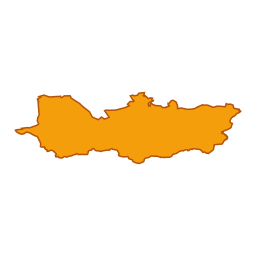 outline of Ezeres pag., Saldus, Latvia
{"feature_id": "27541924B94087058681493", "entity_name": "Ezeres pag.", "entity_type": "district", "adm_level": 2, "iso_a3": "LVA", "parent_name": "Latvia", "parent_adm1": "Saldus", "projection": "equal_earth", "projection_center": [22.341, 56.433], "detail": "fine", "context": "isolated", "style": "filled", "palette": "amber", "viewbox_px": 256, "rotation_deg": 0, "n_neighbors": 0, "source": "geoboundaries", "source_scale": "gbopen_adm2", "svg_char_len": 5715}
<svg xmlns="http://www.w3.org/2000/svg" viewBox="0 0 256 256"><path d="M15.4,130.3L16.1,131.4L17.4,132.5L19.2,133.4L20.7,134.0L21.7,134.2L22.6,134.1L24.3,133.5L25.9,132.4L26.5,132.3L27.8,132.3L29.1,132.7L30.3,133.2L33.2,134.9L35.0,135.8L36.7,136.3L37.5,137.0L37.8,137.4L38.3,138.3L39.0,140.1L39.4,140.8L39.7,141.1L40.1,141.9L40.2,142.6L40.8,143.9L40.6,145.2L40.4,146.1L40.5,146.6L40.8,146.8L41.5,147.0L42.8,147.1L44.3,147.0L44.9,147.3L45.0,147.5L44.6,148.1L44.6,148.3L45.7,149.4L47.1,149.9L47.2,150.4L47.0,150.7L47.0,151.0L47.3,151.4L47.7,151.4L48.5,151.1L49.1,151.1L49.9,150.5L51.2,150.3L52.0,150.4L52.5,150.5L53.0,150.8L53.5,151.2L53.9,151.6L54.7,152.2L55.4,153.2L56.1,153.7L56.3,154.4L56.2,154.6L55.9,154.9L55.5,155.2L55.3,155.4L55.7,156.6L56.1,156.9L56.7,156.9L57.5,156.5L58.1,156.5L58.5,156.8L58.6,157.3L59.0,157.6L61.3,158.0L61.8,158.0L62.8,157.6L64.0,156.7L64.4,156.5L64.8,156.5L65.7,156.9L67.2,157.1L68.4,156.3L71.7,155.8L74.1,154.6L75.8,154.5L76.0,154.4L76.3,153.8L76.8,153.6L77.4,153.7L78.4,154.7L78.7,154.7L79.5,154.5L81.3,154.5L82.1,154.4L83.1,154.3L83.7,154.5L84.2,154.6L85.7,154.4L87.2,154.5L87.8,153.8L88.0,153.4L88.1,152.6L88.2,151.6L88.4,151.3L88.9,150.8L90.0,150.3L90.7,150.3L91.4,150.1L91.8,149.7L92.0,149.3L92.3,148.8L92.7,148.5L93.2,148.5L93.8,148.7L94.2,149.4L95.6,150.5L96.5,150.8L99.0,150.9L100.4,151.4L100.7,151.4L101.3,151.4L102.8,150.8L104.5,150.6L107.0,150.1L107.9,150.0L108.6,150.2L109.1,150.3L109.4,150.1L110.7,149.0L111.5,148.8L111.8,148.8L112.7,149.3L115.1,149.8L115.7,149.8L116.7,150.1L117.3,150.5L117.6,150.7L117.7,151.3L118.0,151.7L118.6,152.5L118.6,152.9L118.9,153.4L119.0,153.9L118.9,154.2L118.5,154.7L118.9,155.7L119.1,155.9L119.7,156.1L120.3,156.2L121.2,156.5L123.9,156.9L127.5,156.6L127.8,156.8L128.4,157.3L128.6,158.2L128.8,158.6L129.6,159.0L131.9,159.7L132.4,160.1L132.5,160.4L132.5,160.7L132.6,161.0L133.6,161.9L136.1,162.9L138.3,163.4L139.4,163.4L140.4,163.1L141.6,162.5L141.9,162.2L142.8,162.2L143.6,161.6L143.8,161.4L144.0,161.0L144.1,160.5L144.1,160.0L144.2,159.6L144.7,158.8L145.2,158.3L145.9,158.0L147.8,157.7L148.6,157.5L150.4,156.5L150.9,156.0L151.5,156.0L152.4,156.1L153.4,156.1L155.4,156.3L156.3,156.3L157.1,156.1L158.8,156.8L160.4,157.2L160.7,157.5L162.5,157.2L163.6,157.5L164.7,157.5L166.2,157.3L168.0,157.3L169.8,157.1L170.8,156.8L171.2,156.6L172.2,155.6L172.5,155.0L172.6,154.7L172.9,154.4L176.2,153.5L177.2,153.0L178.8,151.8L179.9,151.2L181.0,151.0L182.4,150.5L182.7,150.6L183.1,150.8L183.5,150.9L184.4,150.2L186.3,149.7L186.8,149.7L187.5,150.0L187.7,150.6L188.3,150.6L188.7,150.6L189.0,150.4L189.1,150.2L189.7,150.0L189.8,149.9L189.7,149.6L190.1,149.3L190.4,149.2L190.9,149.1L191.4,149.3L192.3,149.4L192.5,149.0L192.6,148.9L193.6,148.7L199.3,149.4L200.1,149.6L200.5,149.8L201.4,150.8L201.9,151.1L202.6,152.1L202.9,152.3L203.2,152.4L204.1,152.0L204.4,152.0L205.1,152.3L206.2,153.1L206.6,153.3L207.4,153.3L208.5,153.5L208.6,153.4L210.8,151.7L211.7,151.0L212.5,150.6L213.5,149.5L213.8,147.3L214.1,146.4L214.3,144.7L222.2,144.0L224.2,140.7L225.1,139.6L225.2,139.9L225.5,140.0L225.7,139.9L226.1,139.3L226.7,139.2L226.9,139.2L226.9,138.6L227.2,138.4L227.3,138.3L227.2,138.0L227.4,137.8L227.1,137.6L227.4,137.3L227.4,136.5L226.2,136.1L225.9,135.9L225.9,135.7L226.3,135.4L225.7,134.8L224.7,134.7L224.7,134.2L224.1,133.9L223.9,133.7L222.5,133.5L222.0,133.3L221.9,133.2L222.1,133.1L222.7,133.1L222.9,132.6L223.2,132.1L223.1,131.9L222.8,131.9L221.8,132.1L221.7,132.0L221.7,131.9L222.9,131.5L223.7,131.1L227.2,129.7L230.2,128.2L230.7,127.8L231.3,127.0L231.8,124.9L232.4,123.5L230.5,122.7L229.8,120.9L231.5,117.9L232.7,116.9L232.8,116.6L233.3,116.5L233.7,116.6L234.0,116.2L234.7,115.8L235.7,115.0L235.9,114.7L236.1,114.2L236.9,113.5L238.8,112.8L239.3,112.4L239.8,112.2L240.2,111.7L240.1,111.3L240.5,111.2L240.3,110.9L239.9,110.9L240.1,110.7L239.8,110.5L239.3,110.3L239.5,110.2L239.2,109.9L239.2,109.5L238.7,109.6L238.7,109.2L238.0,109.2L237.8,109.0L237.5,109.0L233.9,108.3L232.9,105.0L230.3,104.1L228.2,104.4L226.3,103.6L225.3,106.7L217.4,106.1L213.2,107.3L207.9,105.2L207.3,105.1L202.3,105.1L202.3,104.9L197.4,107.0L197.5,107.2L196.7,107.5L194.3,108.7L191.2,109.2L187.1,109.3L183.3,108.5L181.6,108.0L180.3,108.1L177.5,108.6L177.6,106.0L176.6,103.3L176.4,102.6L176.0,102.0L173.0,100.2L171.1,100.8L168.7,103.7L168.1,103.4L168.1,104.0L168.1,104.9L169.1,105.5L168.9,105.6L168.8,106.4L168.3,106.5L167.2,106.9L166.1,107.0L166.0,107.5L162.5,107.6L160.7,105.9L155.2,105.5L152.0,104.0L151.2,103.0L150.0,104.5L150.2,106.0L148.6,106.0L148.1,103.8L149.7,102.2L153.3,100.9L153.4,100.3L151.8,99.8L151.9,98.6L152.3,98.1L150.5,97.9L149.4,98.2L148.3,98.6L147.6,98.0L147.3,97.6L146.3,96.6L145.3,96.5L145.3,95.9L143.6,96.0L143.3,95.7L144.3,94.9L144.0,94.4L144.4,92.6L143.0,92.9L142.4,92.7L139.5,93.2L139.3,93.1L138.5,93.5L137.8,95.0L137.7,95.1L134.1,95.9L133.1,95.2L132.8,95.1L130.3,95.9L132.9,100.0L133.9,100.4L133.5,101.6L130.0,101.5L128.7,103.0L127.5,104.2L129.2,105.7L124.8,107.7L115.6,110.1L109.0,110.3L106.2,110.1L105.4,110.4L104.6,110.7L109.1,117.2L106.6,118.4L104.3,119.0L101.5,117.0L98.4,119.7L92.3,117.1L90.4,113.6L89.5,111.8L85.4,108.6L83.9,107.6L84.0,107.5L82.0,105.9L79.6,103.5L71.0,98.0L70.7,97.0L70.7,96.6L70.3,96.2L70.1,95.8L64.2,95.9L61.8,97.6L60.7,97.1L60.5,96.2L59.3,96.5L59.1,96.4L53.3,96.7L51.2,96.9L51.0,97.0L48.9,96.8L43.8,95.1L43.0,95.4L39.2,96.5L40.7,97.2L40.7,97.4L40.1,97.7L38.4,98.2L37.7,98.8L38.1,99.5L37.5,99.9L38.3,100.9L38.5,101.7L38.2,101.7L38.3,102.5L38.1,102.6L39.1,114.3L39.0,115.2L38.8,115.7L37.8,117.5L37.3,120.9L37.5,121.5L38.2,122.7L38.5,123.4L38.5,123.9L38.4,124.3L37.9,124.5L36.3,125.5L35.5,125.8L29.9,127.7L29.3,127.8L27.6,127.6L21.8,128.3L22.4,129.1L17.2,129.7L16.4,129.8L15.4,130.3Z" fill="#f59e0b" stroke="#b45309" stroke-width="1.5"/></svg>